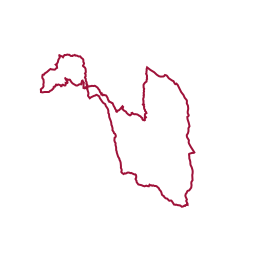 Zapatoca, Santander, Colombia, rotated 336°
{"feature_id": "7082276B90716501324077", "entity_name": "Zapatoca", "entity_type": "district", "adm_level": 2, "iso_a3": "COL", "parent_name": "Colombia", "parent_adm1": "Santander", "projection": "equal_earth", "projection_center": [-73.303, 6.849], "detail": "fine", "context": "isolated", "style": "outline", "palette": "rose", "viewbox_px": 256, "rotation_deg": 336, "n_neighbors": 0, "source": "geoboundaries", "source_scale": "gbopen_adm2", "svg_char_len": 5820}
<svg xmlns="http://www.w3.org/2000/svg" viewBox="0 0 256 256"><g transform="rotate(336 128 128)"><path d="M165.7,202.0L167.6,197.0L168.4,196.0L169.3,194.3L169.8,192.8L170.2,189.8L170.1,187.3L170.5,185.8L171.1,184.5L171.5,182.6L171.6,180.9L172.5,178.7L172.9,177.2L173.4,176.5L176.3,176.8L178.0,177.5L178.7,177.3L177.7,170.7L177.4,166.9L177.6,165.7L178.5,164.3L178.6,163.4L178.2,160.6L178.4,159.5L178.8,158.4L180.7,157.1L182.0,155.4L183.1,152.8L184.9,151.4L185.6,147.9L186.0,144.1L186.4,142.8L186.7,142.0L188.0,141.7L188.7,141.0L188.7,140.0L188.5,139.3L188.7,138.5L189.2,137.3L190.8,135.0L191.1,134.2L191.8,132.1L191.8,131.2L191.7,129.5L192.9,127.1L192.9,126.2L192.1,123.4L192.1,120.4L191.2,116.8L190.9,108.8L190.3,107.2L189.5,107.4L189.1,107.2L188.8,106.5L188.6,103.7L187.7,102.7L185.6,99.4L185.3,98.5L185.0,96.7L184.6,95.7L183.3,94.6L182.0,95.3L181.1,95.3L178.7,94.3L177.4,93.3L175.9,90.9L174.6,87.7L172.1,84.1L170.1,80.4L168.9,81.8L168.6,82.8L167.8,84.0L167.1,85.5L166.6,85.8L166.7,87.6L166.1,89.2L165.6,89.8L165.4,91.0L164.7,91.4L163.8,93.1L161.8,93.5L161.2,94.0L160.3,94.4L159.7,95.0L158.6,97.7L158.8,98.5L158.6,99.0L157.8,99.9L157.4,101.4L156.5,102.3L156.3,103.6L156.0,103.9L155.9,104.4L155.5,104.5L155.1,106.0L153.9,107.3L153.3,108.5L153.2,109.7L152.8,110.2L152.3,111.7L151.9,112.0L152.1,113.1L151.9,113.2L151.3,113.0L151.6,114.8L151.1,115.5L150.6,117.1L150.9,118.4L150.5,119.3L151.0,120.6L150.9,121.9L149.7,122.0L149.1,122.3L148.2,124.0L148.2,124.5L148.7,125.0L148.7,125.6L147.5,125.5L147.3,126.3L146.8,126.9L146.7,127.6L146.2,127.7L145.8,127.2L145.1,127.0L144.8,126.3L144.7,125.9L145.0,125.2L144.9,124.4L144.4,123.7L144.3,122.8L144.0,122.2L143.2,121.4L143.0,120.8L142.0,119.4L140.3,118.3L139.3,118.0L138.3,116.8L138.1,115.9L137.4,115.8L137.1,116.7L135.4,117.3L135.0,117.3L134.8,116.7L134.0,116.2L132.9,113.7L132.8,112.3L131.3,110.2L131.0,109.3L130.6,108.6L130.6,108.0L131.1,107.9L131.2,107.1L131.7,107.2L132.1,106.8L131.8,105.9L127.9,107.8L127.0,108.1L126.0,107.9L125.1,108.4L124.7,108.2L124.3,108.6L124.1,108.4L124.0,107.8L124.4,107.0L124.0,104.9L124.2,104.2L123.9,102.2L124.0,99.2L123.9,98.9L123.4,98.6L123.2,98.0L122.7,97.6L122.2,96.8L121.5,96.4L121.6,95.3L121.3,95.0L121.4,94.4L121.3,93.8L121.6,92.2L121.3,89.5L120.7,88.9L120.1,88.6L119.5,87.9L119.0,88.0L118.6,87.5L118.1,87.7L117.9,87.4L118.0,85.9L117.3,86.1L117.4,84.5L117.1,83.7L117.3,81.4L116.9,80.7L116.6,78.7L115.1,76.2L114.6,75.8L113.9,75.8L111.9,74.7L111.1,74.7L110.4,74.3L109.6,74.3L109.0,73.9L108.3,74.1L107.5,73.7L107.5,72.7L108.3,72.0L108.3,71.5L108.0,71.2L107.9,70.7L108.4,70.4L108.6,70.0L108.8,68.7L108.6,67.8L109.4,65.9L109.3,65.0L109.1,64.5L109.6,63.9L110.4,63.5L110.6,62.8L111.0,62.1L110.9,60.6L111.9,60.2L112.4,59.3L113.3,56.6L113.2,55.2L112.3,53.6L112.1,52.9L112.3,52.6L112.9,52.4L114.1,51.2L114.2,50.6L114.1,49.5L114.9,47.6L114.9,47.1L114.8,46.5L113.9,44.9L113.5,43.2L111.9,42.5L110.7,41.0L109.6,40.6L109.1,39.6L108.2,39.7L107.1,39.3L106.5,39.6L105.1,38.9L104.0,37.1L103.3,36.9L102.4,36.2L100.9,36.1L99.7,35.5L98.1,36.4L97.4,36.9L96.9,35.7L95.8,34.8L95.0,33.6L94.8,33.6L94.3,35.9L92.3,37.2L90.5,39.5L89.2,40.3L88.2,40.6L88.6,40.9L88.7,41.2L88.4,41.8L88.0,41.7L88.2,42.6L87.7,44.2L86.5,44.3L85.1,44.9L84.5,44.8L81.8,43.2L81.3,42.6L80.5,42.7L76.7,43.9L74.0,44.3L73.2,45.0L72.8,45.1L72.1,44.7L71.5,44.8L70.4,46.5L70.1,47.9L70.5,49.3L69.5,52.2L68.4,53.7L67.9,55.4L66.8,56.4L64.1,57.2L63.6,58.7L63.1,59.8L64.4,60.7L66.5,61.2L70.1,62.8L70.7,62.9L71.9,62.4L73.8,62.4L74.6,61.9L75.7,61.7L76.1,61.5L76.7,60.4L77.4,60.4L77.6,60.2L78.3,60.5L79.9,59.1L80.3,59.3L80.6,60.0L82.0,59.9L82.9,60.7L83.7,61.5L83.8,62.6L84.3,62.8L85.1,62.0L85.8,61.8L86.1,61.9L87.2,63.3L88.1,63.6L89.0,62.6L89.4,61.5L90.4,62.2L90.9,62.2L91.4,61.6L90.8,57.3L91.2,56.8L91.6,56.8L91.2,57.0L91.2,57.4L91.6,58.4L92.4,58.9L93.2,59.8L94.4,60.1L94.6,60.4L94.9,62.8L95.5,64.7L97.9,68.1L99.2,68.6L101.1,68.3L102.1,68.5L103.1,69.1L103.5,68.7L104.1,67.4L104.7,67.0L104.9,66.5L105.2,66.2L105.8,66.2L105.8,67.3L106.1,68.8L105.6,69.2L103.6,73.3L104.3,74.0L104.8,73.8L105.5,74.2L106.0,74.9L106.4,74.7L106.4,74.1L107.2,74.8L106.5,76.7L106.1,79.9L105.6,80.9L104.8,81.8L104.6,82.5L105.2,85.3L106.6,84.9L109.9,84.8L111.4,85.0L112.4,84.8L112.8,84.9L114.4,87.1L114.5,88.3L114.4,89.3L115.2,93.6L115.6,95.0L116.9,96.9L116.7,98.7L117.2,101.5L117.3,102.7L117.0,104.4L116.1,106.3L116.3,107.6L115.3,110.4L115.1,114.6L114.9,116.1L114.1,118.5L114.2,119.3L113.8,121.8L113.5,122.6L112.9,123.7L113.3,125.8L113.1,126.9L113.8,128.1L113.8,129.7L113.5,130.6L113.1,131.0L112.5,131.4L111.9,131.4L111.7,131.6L110.5,133.8L110.3,135.4L110.5,136.8L109.7,138.3L109.3,140.8L108.2,143.4L108.1,145.0L107.8,145.7L107.3,150.1L107.6,152.5L107.3,153.6L107.4,155.0L107.2,156.6L106.0,160.1L105.3,161.5L105.3,163.3L104.9,164.3L104.0,165.4L104.4,166.9L105.3,168.3L106.4,168.0L107.2,168.6L108.3,168.7L109.2,168.5L110.2,168.8L111.1,169.4L111.8,170.2L112.7,170.4L115.0,173.1L115.8,173.3L116.1,173.9L116.1,174.6L115.7,175.9L115.4,176.2L115.2,176.9L114.2,177.5L114.1,177.8L114.3,179.7L114.0,180.5L113.9,181.1L114.5,183.8L117.3,185.9L117.8,186.6L119.4,188.0L121.2,188.1L122.0,188.9L123.3,189.7L124.6,188.6L125.2,189.5L126.0,189.8L126.6,190.6L127.6,190.6L128.7,191.8L129.7,192.2L130.4,192.8L131.7,195.7L131.6,197.0L132.2,198.7L132.3,200.2L131.9,202.8L132.5,204.1L133.0,204.7L133.0,205.5L133.6,207.1L134.0,207.7L135.1,208.5L135.9,210.9L136.2,211.3L137.8,211.7L138.2,212.2L138.8,215.7L138.8,216.5L140.1,217.5L140.7,217.5L142.4,219.0L143.1,219.2L143.7,219.8L144.3,220.1L145.1,221.8L146.2,222.1L147.7,221.9L148.3,222.4L148.6,222.4L149.1,221.8L150.3,222.2L150.6,221.8L151.2,222.4L151.6,221.5L151.5,218.3L152.7,217.3L152.7,214.0L152.9,213.1L153.9,211.8L155.2,211.1L156.3,210.0L157.0,209.7L158.3,209.9L159.1,209.6L161.5,208.2L162.9,205.9L163.1,204.8L163.9,203.2L164.4,202.8L165.7,202.0Z" fill="none" stroke="#9f1239" stroke-width="2"/></g></svg>